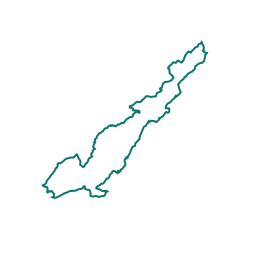 the border of Kayin, rotated 70°
{"feature_id": "MMR-3266", "entity_name": "Kayin", "entity_type": "State", "adm_level": 1, "iso_a3": "MMR", "parent_name": "Myanmar", "parent_adm1": "", "projection": "albers", "projection_center": [97.58, 17.357], "detail": "fine", "context": "isolated", "style": "outline", "palette": "teal", "viewbox_px": 256, "rotation_deg": 70, "n_neighbors": 0, "source": "natural_earth", "source_scale": "10m", "svg_char_len": 5883}
<svg xmlns="http://www.w3.org/2000/svg" viewBox="0 0 256 256"><g transform="rotate(70 128 128)"><path d="M115.2,72.6L114.3,72.4L114.6,73.0L115.5,73.8L116.0,74.7L116.2,75.4L117.2,77.6L118.3,79.3L118.5,81.4L118.7,82.6L119.4,83.6L120.2,84.5L122.1,85.8L122.5,85.4L122.7,85.1L123.5,82.8L124.1,82.6L126.9,83.8L127.2,84.5L127.2,85.4L126.8,86.1L126.2,86.4L126.1,86.9L126.5,87.8L129.0,91.3L129.1,92.5L129.5,93.4L129.6,93.9L129.4,94.9L129.4,95.3L129.8,95.2L130.6,95.6L131.5,98.0L131.8,98.5L132.1,99.6L131.8,99.9L130.6,100.8L129.1,103.7L129.7,105.9L128.6,106.0L129.0,106.7L130.0,107.7L130.4,108.8L131.5,109.8L131.9,110.2L132.1,111.8L132.3,112.5L132.8,113.1L140.1,119.9L142.3,121.1L142.7,121.6L142.9,122.3L143.8,123.9L144.6,125.8L145.2,126.5L147.0,127.3L147.3,128.0L147.1,129.5L147.2,130.1L151.3,134.2L152.9,135.3L154.5,137.6L155.5,138.3L155.1,138.7L154.9,139.2L155.0,139.6L156.2,139.7L156.2,140.0L155.8,140.6L156.4,141.6L157.0,142.2L157.8,142.5L160.0,142.5L160.9,142.8L161.7,143.3L162.5,144.1L163.7,146.3L164.2,146.9L164.5,147.6L164.5,148.3L164.7,149.0L165.8,149.6L166.5,151.6L165.9,151.2L165.4,151.0L165.1,151.3L164.9,151.9L165.1,152.5L166.0,152.9L166.3,153.3L166.2,153.8L165.6,154.4L164.9,154.8L164.3,155.0L163.7,155.8L163.4,156.7L163.5,157.5L164.8,158.6L165.4,160.4L166.0,161.2L167.5,162.3L168.2,163.2L168.5,164.1L168.3,165.5L171.4,169.6L171.7,170.5L171.7,170.9L171.2,171.9L171.3,172.4L171.9,173.8L172.5,177.1L172.8,177.8L173.7,178.4L174.4,177.9L175.7,175.9L178.4,173.7L179.0,172.6L179.3,170.7L179.7,169.9L180.6,169.1L180.8,170.7L181.7,171.5L182.7,172.2L183.5,173.3L183.5,174.2L183.1,176.2L182.9,178.3L182.7,179.1L180.9,181.4L180.6,182.3L180.6,184.4L180.3,184.8L179.3,186.0L178.9,186.3L178.2,186.4L177.6,185.9L177.1,185.6L174.4,185.3L173.6,185.3L172.7,185.8L172.0,187.5L171.4,188.4L170.9,188.8L170.6,189.0L169.6,189.1L168.1,188.6L167.7,189.0L167.8,189.6L169.0,191.3L169.3,192.3L168.7,194.9L168.7,196.0L169.0,198.0L168.9,198.8L167.6,203.5L167.4,204.6L167.7,207.1L167.6,209.8L168.7,216.7L168.8,219.1L168.4,221.2L167.2,222.6L167.1,221.6L166.4,220.9L164.6,219.9L163.0,220.7L161.4,221.1L161.1,221.3L161.1,221.6L161.2,222.4L161.2,222.8L160.5,223.4L160.2,224.0L160.9,224.5L161.0,224.8L160.9,225.8L160.6,225.9L159.9,225.6L158.4,224.7L157.5,224.4L156.5,224.2L156.0,224.3L154.4,226.6L153.7,227.3L153.0,227.7L152.6,227.6L152.7,226.2L152.6,225.7L151.8,223.8L150.2,222.7L149.0,221.1L147.6,218.4L146.7,217.6L145.1,214.5L143.9,213.1L143.2,211.6L141.1,209.7L141.0,208.4L140.8,208.1L140.0,207.7L139.0,206.8L137.7,206.5L137.4,206.1L137.3,205.5L137.5,204.6L138.1,204.0L138.1,203.6L137.7,202.8L137.6,201.8L137.2,201.0L137.1,200.0L136.1,198.1L135.8,196.1L135.8,195.3L136.0,194.5L136.0,192.8L136.3,192.1L136.4,191.1L136.9,190.2L137.1,189.4L137.0,189.2L136.6,188.5L136.3,187.3L135.2,185.5L135.3,185.1L137.2,184.8L139.7,184.8L141.6,184.2L143.4,184.2L143.8,184.3L144.8,184.9L146.5,185.5L146.7,185.4L147.3,184.7L149.1,183.7L149.3,183.3L149.2,182.3L147.8,181.0L147.4,180.3L146.9,179.9L147.0,179.0L146.6,178.1L145.9,177.6L144.9,176.3L143.9,175.9L143.4,175.5L143.2,175.0L143.0,173.4L142.5,171.4L142.2,171.4L141.5,171.7L140.3,171.6L139.5,171.3L139.3,170.9L139.0,170.0L138.7,169.6L138.2,169.2L137.2,168.9L136.9,168.6L136.4,167.4L136.6,166.4L136.2,166.2L134.4,167.0L133.6,167.2L131.5,165.3L131.1,164.6L130.3,164.3L129.9,164.6L129.8,163.6L129.5,163.3L128.7,163.5L128.0,163.4L127.8,163.2L126.9,162.2L127.0,161.6L126.8,161.1L125.9,160.6L125.0,159.7L123.4,157.4L123.1,155.7L123.2,154.5L122.4,153.5L122.3,152.2L121.5,151.4L120.6,150.1L120.7,149.4L120.7,148.4L120.8,147.3L119.6,145.6L119.4,144.1L119.5,143.4L120.2,143.4L120.5,142.9L120.5,142.5L120.2,141.7L120.2,141.3L120.9,140.9L121.2,140.0L121.7,139.8L122.2,138.9L121.2,136.1L121.7,135.3L121.8,134.9L121.0,132.2L121.0,131.9L121.8,131.0L121.8,130.7L121.2,129.4L120.7,128.9L120.1,127.6L119.6,127.0L119.1,125.4L119.0,124.4L118.4,123.1L118.9,120.2L118.9,119.9L118.4,119.4L117.6,119.0L116.9,118.4L115.7,115.3L115.7,114.8L116.0,113.9L116.2,113.6L117.1,112.9L117.4,112.5L117.3,111.8L117.1,111.6L116.9,111.7L116.6,112.1L115.9,111.8L115.4,112.0L115.3,112.4L115.3,113.2L114.5,113.9L113.9,115.0L113.7,116.2L113.1,117.2L112.9,117.3L111.7,116.7L111.2,116.8L110.6,117.6L109.8,118.2L109.7,119.2L109.5,119.3L109.0,119.3L108.1,118.6L108.3,115.8L106.8,112.0L106.5,110.3L107.3,109.0L107.6,108.1L107.7,106.5L107.5,106.2L106.8,105.7L106.6,105.3L106.5,104.2L104.5,100.2L104.5,99.7L104.5,99.4L104.7,98.8L105.6,97.7L106.0,96.7L106.4,96.3L106.9,95.1L107.1,93.4L107.8,91.8L107.7,91.0L105.6,89.3L104.9,88.5L105.0,86.0L104.4,83.9L104.1,83.5L103.8,83.3L103.3,83.5L102.6,84.6L102.3,84.6L101.9,84.5L101.6,83.9L101.6,83.0L101.6,82.6L101.4,82.3L100.5,81.5L99.0,80.7L98.3,79.8L97.7,78.7L97.4,77.6L97.9,76.4L97.9,75.4L98.3,73.9L98.3,73.0L98.0,71.9L98.0,70.7L97.6,69.9L96.9,69.2L96.6,68.3L96.1,68.0L95.7,68.0L93.6,68.7L90.9,70.1L90.5,70.1L88.6,69.6L87.3,69.0L86.8,69.1L85.6,69.9L85.1,69.7L84.6,68.5L83.8,67.6L83.0,65.3L81.8,63.2L81.9,62.4L83.1,61.0L83.0,60.4L81.9,58.7L81.8,58.1L82.0,57.6L82.4,57.2L84.7,55.6L84.9,55.1L84.7,54.6L84.2,54.3L83.5,52.9L82.1,51.7L80.8,50.6L79.1,49.0L77.9,47.2L77.4,45.7L77.1,45.6L76.9,44.8L78.5,43.3L78.5,43.0L78.4,42.8L77.9,42.5L77.7,42.3L76.9,39.9L76.3,39.1L75.8,37.9L75.2,37.3L75.2,37.0L75.4,35.3L75.3,34.9L75.1,34.5L74.1,33.7L73.5,32.8L73.4,32.4L73.6,31.3L73.6,31.0L72.5,29.5L77.1,29.0L78.0,29.2L78.9,29.5L80.6,30.0L80.7,30.3L80.6,30.9L81.0,31.3L82.8,30.5L83.6,29.5L84.0,29.1L84.5,28.3L85.5,29.7L85.9,30.6L86.7,30.9L87.7,31.3L91.0,33.6L92.1,35.8L91.9,36.6L91.7,39.3L91.8,39.9L92.6,42.0L92.8,43.4L93.0,43.6L93.9,44.2L94.7,44.5L95.9,46.0L96.4,47.4L97.0,48.3L96.9,48.9L97.0,50.1L97.3,51.0L97.3,52.1L97.8,53.6L98.1,54.2L99.4,55.6L99.5,56.1L99.2,57.0L99.3,57.3L100.2,58.0L101.2,59.6L101.3,60.5L103.8,65.5L104.2,66.0L104.4,66.0L105.2,65.9L106.6,66.2L108.2,66.4L112.1,66.3L112.7,66.5L113.1,67.1L113.5,68.1L114.1,69.0L115.2,72.6Z" fill="none" stroke="#0f766e" stroke-width="2"/></g></svg>